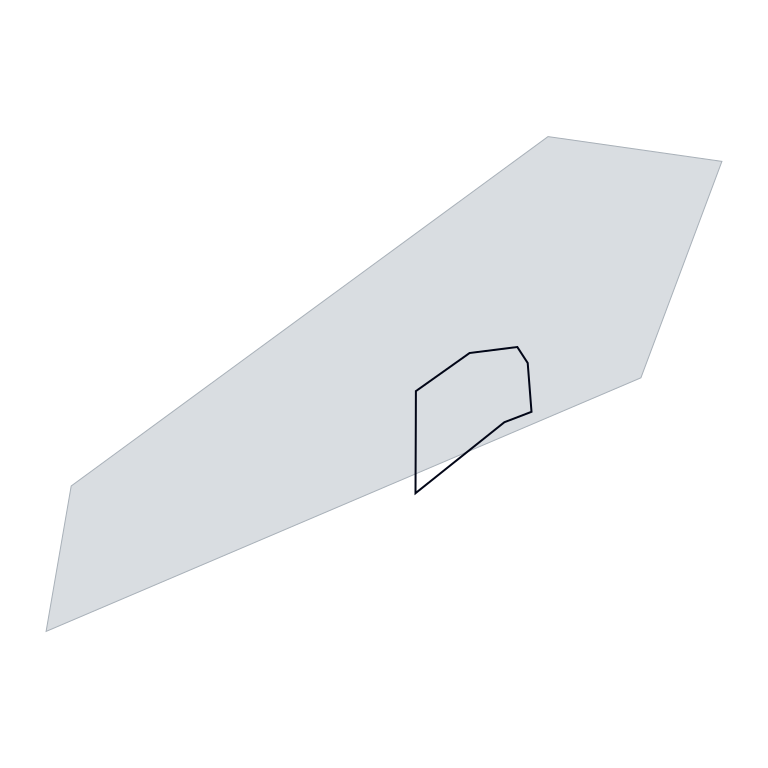 where The Farrington sits in Anguilla
{"feature_id": "AIA-5124", "entity_name": "The Farrington", "entity_type": "District", "adm_level": 1, "iso_a3": "AIA", "parent_name": "Anguilla", "parent_adm1": "", "projection": "equal_earth", "projection_center": [-63.044, 18.213], "detail": "fine", "context": "in_parent", "style": "outline", "palette": "ink", "viewbox_px": 768, "rotation_deg": 0, "n_neighbors": 0, "source": "natural_earth", "source_scale": "10m", "svg_char_len": 367}
<svg xmlns="http://www.w3.org/2000/svg" viewBox="0 0 768 768"><path d="M640.9,377.8L46.1,631.4L71.2,486.0L548.0,136.6L721.9,161.4L640.9,377.8Z" fill="#d9dde1" stroke="#a8b0b8" stroke-width="1"/><path d="M531.5,411.8L504.4,422.2L415.5,493.2L415.8,424.6L415.9,391.1L469.6,353.0L517.3,347.0L527.7,363.0L531.5,411.8Z" fill="none" stroke="#020617" stroke-width="2"/></svg>